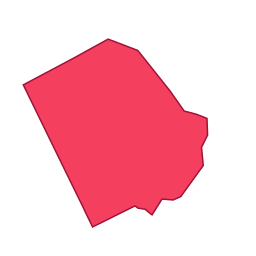 the district of Adams, Pennsylvania, United States of America, rotated 64°
{"feature_id": "52423323B75769363795569", "entity_name": "Adams", "entity_type": "district", "adm_level": 2, "iso_a3": "USA", "parent_name": "United States of America", "parent_adm1": "Pennsylvania", "projection": "natural_earth1", "projection_center": [-77.13, 39.895], "detail": "fine", "context": "isolated", "style": "filled", "palette": "rose", "viewbox_px": 256, "rotation_deg": 64, "n_neighbors": 0, "source": "geoboundaries", "source_scale": "gbopen_adm2", "svg_char_len": 561}
<svg xmlns="http://www.w3.org/2000/svg" viewBox="0 0 256 256"><g transform="rotate(64 128 128)"><path d="M201.4,203.2L201.1,156.6L201.7,155.4L202.1,155.3L203.3,154.7L204.1,154.4L204.4,154.1L208.5,148.3L215.9,144.9L216.6,144.4L206.8,128.6L212.5,118.9L212.8,110.7L194.7,76.8L177.6,70.4L169.3,59.6L154.0,52.8L145.5,60.6L140.0,67.0L137.4,70.1L113.5,73.9L79.7,81.4L62.6,85.2L56.5,90.9L39.4,106.9L41.4,147.4L43.3,203.2L117.5,203.2L118.7,203.2L126.6,203.2L180.9,203.1L181.1,203.1L185.0,203.2L201.4,203.2Z" fill="#f43f5e" stroke="#9f1239" stroke-width="1.5"/></g></svg>